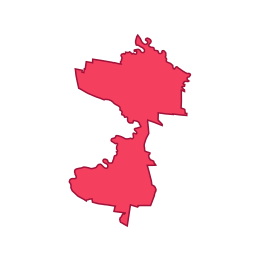 outline of Rafov, Prahova, Romania, rotated 234°
{"feature_id": "2599482B7706005984570", "entity_name": "Rafov", "entity_type": "district", "adm_level": 2, "iso_a3": "ROU", "parent_name": "Romania", "parent_adm1": "Prahova", "projection": "equal_earth", "projection_center": [26.169, 44.85], "detail": "fine", "context": "isolated", "style": "filled", "palette": "rose", "viewbox_px": 256, "rotation_deg": 234, "n_neighbors": 0, "source": "geoboundaries", "source_scale": "gbopen_adm2", "svg_char_len": 5963}
<svg xmlns="http://www.w3.org/2000/svg" viewBox="0 0 256 256"><g transform="rotate(234 128 128)"><path d="M136.4,209.3L137.2,208.1L137.6,207.7L139.2,206.9L142.3,205.6L145.1,204.7L146.9,204.0L148.4,203.7L148.8,203.5L149.1,203.0L149.1,202.4L148.8,201.4L148.4,200.5L148.5,200.1L148.8,199.9L150.1,199.8L151.0,200.1L152.3,201.0L153.3,200.7L154.6,200.5L155.4,200.2L158.0,198.6L158.7,198.3L159.3,198.2L160.1,198.5L160.6,199.3L161.2,199.8L163.0,199.9L163.7,200.2L164.2,201.1L166.1,202.4L166.6,202.7L168.5,202.6L169.1,202.5L169.9,202.0L170.3,201.2L170.2,200.8L170.0,200.4L169.1,199.9L168.9,199.6L168.9,199.4L169.0,198.6L169.4,197.7L170.3,196.9L171.1,196.9L172.4,197.5L173.1,197.4L175.2,195.2L175.5,195.1L176.3,195.3L176.8,195.7L177.8,196.0L178.7,195.4L179.8,194.1L181.1,193.4L182.1,193.2L182.8,193.4L183.3,194.0L183.7,196.4L184.4,197.5L184.9,197.8L185.7,198.0L186.3,198.0L187.5,197.6L189.0,196.8L189.4,196.4L189.5,196.0L189.7,195.1L189.5,194.7L189.2,194.2L188.7,193.9L188.2,194.0L187.4,194.5L187.1,194.5L185.9,194.3L185.3,193.8L185.0,193.2L185.0,192.5L185.4,191.2L185.8,190.7L186.5,190.4L188.6,189.8L190.1,189.9L193.1,190.5L197.4,190.5L196.9,189.1L196.6,188.6L194.0,185.4L192.5,184.3L190.7,183.6L190.2,183.5L189.7,184.0L189.3,184.6L187.7,185.5L186.5,185.8L184.8,186.8L182.9,187.3L182.0,187.3L181.0,186.9L180.1,186.1L180.0,185.7L180.0,185.0L180.5,184.0L181.2,183.5L182.2,183.3L183.6,183.5L185.2,182.9L185.8,182.3L187.2,179.5L187.3,178.8L186.7,178.3L186.1,178.3L186.0,178.5L186.0,178.8L185.4,179.9L184.8,180.0L183.4,178.9L183.1,178.2L183.2,177.6L183.5,177.2L183.9,176.8L185.3,176.3L185.6,174.7L187.5,174.5L188.7,174.1L188.7,173.2L189.1,172.1L189.9,171.6L190.4,170.8L190.7,170.6L190.2,170.2L189.7,168.8L190.8,168.2L191.4,166.3L191.2,165.6L190.8,165.0L190.2,164.8L188.8,164.6L187.9,164.1L187.0,162.8L186.4,162.3L186.1,161.9L186.0,160.9L185.4,160.4L184.8,160.1L183.9,160.0L185.1,158.6L188.8,155.4L189.6,154.3L190.0,154.1L190.9,153.3L198.1,146.3L204.4,139.9L201.6,137.7L206.2,133.2L200.9,128.1L201.6,127.5L198.8,124.8L200.2,123.6L201.6,124.9L206.8,120.1L200.9,116.8L197.5,115.2L189.1,111.5L187.7,112.3L180.5,115.5L178.3,116.7L171.5,120.8L169.2,122.5L165.0,125.1L164.8,125.3L164.7,126.0L164.4,126.7L162.0,129.3L161.4,129.5L159.7,130.6L159.1,130.6L158.3,131.0L156.7,131.1L154.6,131.7L151.2,133.4L149.6,133.6L149.1,133.5L148.7,133.3L147.4,132.1L146.8,132.2L146.0,132.7L144.9,132.7L144.1,132.5L143.5,131.5L142.5,130.9L142.1,130.9L141.4,131.7L140.8,132.0L140.2,132.0L139.0,131.6L138.5,131.7L138.1,132.9L137.7,133.5L137.1,133.7L136.4,133.6L134.9,132.4L134.0,132.0L133.3,131.8L132.1,131.9L131.3,132.2L130.9,132.6L130.3,133.3L130.0,134.0L129.3,134.7L129.4,135.1L130.5,136.4L130.7,136.8L130.2,137.5L128.3,139.2L127.2,139.8L126.0,140.1L125.4,140.0L124.4,139.6L122.3,139.5L121.8,139.4L121.4,139.0L122.7,135.0L123.4,133.6L123.4,132.7L123.1,132.4L122.7,132.3L122.0,132.2L120.8,132.5L119.8,132.5L118.7,132.2L118.4,131.7L118.4,131.3L118.9,130.7L120.2,129.9L120.6,129.4L120.6,129.1L120.3,128.6L117.3,127.0L116.8,126.1L116.7,125.4L117.0,124.8L118.1,124.2L119.2,121.6L120.4,120.0L121.2,119.3L123.4,118.3L125.7,116.9L127.6,115.4L128.5,114.4L128.7,114.0L128.7,113.6L128.1,112.7L127.8,111.9L127.8,111.6L128.1,110.5L128.7,109.2L128.8,108.7L128.6,107.9L128.1,107.2L127.4,106.9L126.9,106.9L125.9,107.4L122.9,108.5L122.5,108.9L122.3,109.7L121.8,110.1L121.2,110.2L120.8,109.8L119.8,108.1L118.8,107.2L117.7,106.4L116.2,106.3L115.5,106.0L115.3,105.6L115.5,104.6L114.0,104.4L113.0,103.1L112.7,102.4L113.0,102.1L113.1,101.8L113.3,101.1L113.2,100.3L111.2,98.0L110.5,96.8L109.4,95.4L109.2,94.7L109.3,94.3L109.7,93.5L111.2,91.8L111.9,91.8L113.9,92.4L114.8,92.2L115.3,91.9L116.0,91.4L116.7,90.5L116.9,89.7L116.7,89.4L116.6,89.0L116.1,88.4L114.9,88.1L113.1,88.7L111.5,89.6L110.9,89.8L110.1,89.8L109.2,89.4L108.6,89.0L108.0,88.2L107.9,87.7L108.3,86.6L108.9,86.0L109.4,85.8L110.5,85.4L113.8,84.9L114.6,84.6L115.1,84.2L115.7,82.8L115.7,81.7L114.9,79.3L115.0,78.5L115.4,77.2L116.2,75.3L117.0,74.1L119.2,72.5L121.3,70.5L122.3,69.4L122.7,68.3L123.0,66.9L124.0,65.0L125.1,62.4L125.3,61.3L125.2,60.4L124.9,60.0L124.4,59.4L123.6,58.9L122.4,58.5L121.7,58.0L120.3,57.9L119.1,57.5L118.5,57.1L118.1,56.6L118.1,56.1L118.1,55.5L119.6,53.5L120.1,52.6L120.3,51.7L120.3,50.9L120.2,50.5L119.1,49.0L118.8,48.8L117.2,48.8L116.0,48.6L114.5,47.8L113.3,46.7L110.0,46.0L102.2,47.5L95.1,50.9L94.9,50.8L93.5,51.4L93.9,51.9L94.0,52.4L93.5,53.4L92.9,55.3L92.2,56.5L91.9,57.2L88.9,55.7L85.0,58.8L83.6,60.1L81.2,62.7L80.0,63.8L78.5,65.6L72.2,71.8L71.6,70.8L68.8,67.6L61.0,75.8L60.7,75.6L60.7,75.1L60.5,74.5L61.5,73.4L61.2,72.5L60.0,70.2L59.9,68.8L59.3,68.4L59.2,67.9L58.7,67.5L58.1,67.4L57.7,67.0L56.2,66.6L49.2,69.8L64.4,84.8L58.4,89.3L58.7,90.5L59.2,90.6L57.2,93.6L52.0,100.7L57.7,109.4L57.8,109.6L58.3,109.8L60.7,113.0L60.8,113.2L60.6,113.3L61.1,113.9L61.9,114.6L63.2,114.8L64.2,115.1L64.9,115.0L65.3,115.1L68.1,113.9L71.3,115.7L81.1,119.6L86.5,121.6L83.4,125.9L81.6,128.6L82.7,128.8L83.7,128.5L84.2,128.6L86.1,129.2L88.0,128.2L89.1,127.4L89.6,127.3L90.6,127.6L91.5,127.5L92.4,127.9L94.0,128.8L94.0,129.9L94.8,131.1L95.1,131.0L98.0,128.9L99.3,128.2L100.2,128.4L102.6,129.9L103.7,130.3L105.5,131.8L108.9,136.5L111.4,141.6L115.3,144.0L121.9,147.8L122.8,148.6L117.4,152.4L109.9,157.1L110.4,157.6L111.1,157.8L116.8,157.0L122.5,161.4L117.4,166.7L112.4,172.5L112.8,172.7L107.6,178.3L103.6,182.9L104.5,183.5L104.8,183.9L105.2,184.2L106.3,183.0L109.6,184.8L110.3,184.5L113.0,182.7L118.1,186.8L127.2,193.3L127.3,193.4L124.3,195.2L124.7,195.5L125.8,196.1L127.1,195.5L127.9,195.8L128.9,195.4L129.5,195.6L129.6,196.4L128.6,198.2L128.6,198.4L129.0,198.6L129.5,199.3L129.8,199.5L130.2,199.1L130.9,198.7L131.6,198.7L131.8,199.0L131.8,199.3L131.9,199.8L132.4,200.5L132.3,201.2L131.5,202.6L130.8,203.2L130.2,204.1L130.2,204.9L131.2,204.6L132.2,204.5L132.7,204.6L133.6,205.1L133.8,205.4L134.0,206.1L133.8,206.8L133.5,207.2L133.5,207.8L134.1,209.5L134.6,209.9L135.2,210.0L135.8,209.8L136.4,209.3Z" fill="#f43f5e" stroke="#9f1239" stroke-width="1.5"/></g></svg>